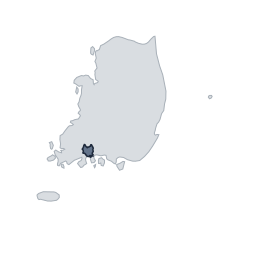 location of Suncheon-si, South Jeolla, South Korea, rotated 18°
{"feature_id": "91817680B16002130574290", "entity_name": "Suncheon-si", "entity_type": "district", "adm_level": 2, "iso_a3": "KOR", "parent_name": "South Korea", "parent_adm1": "South Jeolla", "projection": "mercator", "projection_center": [127.399, 35.008], "detail": "fine", "context": "in_parent", "style": "filled", "palette": "slate", "viewbox_px": 256, "rotation_deg": 18, "n_neighbors": 0, "source": "geoboundaries", "source_scale": "gbopen_adm2", "svg_char_len": 4428}
<svg xmlns="http://www.w3.org/2000/svg" viewBox="0 0 256 256"><g transform="rotate(18 128 128)"><path d="M75.6,63.0L76.5,62.3L76.5,61.3L76.5,58.1L79.0,55.8L82.6,51.2L84.3,48.7L86.3,46.4L88.6,44.8L90.9,44.0L94.4,43.7L101.2,44.0L102.6,43.7L107.3,43.5L108.4,43.9L111.9,44.2L115.7,43.9L117.6,43.2L119.4,42.0L120.9,39.9L122.5,36.0L124.2,33.0L125.3,32.4L132.2,48.7L138.9,59.2L144.6,66.7L152.7,81.2L155.0,88.9L155.3,93.7L156.6,100.3L155.5,104.0L155.8,109.9L155.3,112.9L154.3,115.1L154.3,119.4L154.6,121.7L154.6,124.7L155.3,125.9L156.2,126.3L157.6,125.2L159.4,124.8L159.1,128.4L157.0,137.6L155.1,144.2L152.5,150.0L149.2,155.3L145.3,157.3L142.5,158.1L137.3,158.3L132.9,157.4L129.1,158.1L127.6,159.2L126.5,161.1L127.3,164.0L127.2,166.1L125.6,166.0L122.4,164.7L118.9,164.5L117.3,163.9L115.6,160.8L113.9,161.0L110.9,162.8L106.4,163.2L104.8,164.2L104.3,165.4L104.9,167.1L107.2,169.2L106.4,171.3L104.1,172.4L102.2,169.8L101.0,167.2L99.6,167.0L97.6,167.8L97.1,170.5L98.1,172.4L99.7,174.6L97.5,177.2L96.9,179.0L95.3,180.2L91.0,177.4L91.6,175.3L93.5,173.4L93.7,171.3L93.1,170.1L86.9,175.3L83.1,181.1L81.1,180.7L80.2,179.2L79.0,178.6L74.9,182.3L74.2,185.3L72.7,185.4L72.0,184.1L71.9,181.5L71.2,179.2L67.0,175.9L65.0,173.0L66.1,171.3L69.6,172.2L72.5,172.1L71.9,170.7L71.0,170.1L72.9,169.3L74.4,167.7L73.1,167.3L71.1,168.2L69.5,167.8L68.8,163.9L66.8,160.0L65.8,156.2L67.8,154.0L68.8,150.6L70.6,145.7L71.5,144.1L74.1,142.9L75.0,141.6L73.6,141.0L71.4,140.4L71.4,139.0L73.0,138.2L74.7,136.6L78.0,134.7L79.0,131.1L78.0,130.2L76.0,129.3L76.4,127.5L77.3,126.1L77.0,125.2L74.5,122.8L72.9,120.7L73.4,118.2L73.0,114.5L73.2,111.4L73.1,109.7L71.9,105.8L71.4,102.0L69.8,102.5L68.6,103.5L64.1,102.1L62.6,102.0L62.1,99.2L63.7,95.7L67.5,92.5L69.7,92.2L71.4,90.8L74.0,90.4L77.1,92.5L79.9,92.9L81.4,96.5L82.4,97.3L82.6,96.0L84.8,94.4L85.4,93.2L84.9,92.6L82.3,91.9L80.0,87.4L79.6,85.4L78.8,84.1L80.0,80.5L77.4,76.3L76.0,75.0L76.2,71.3L74.8,68.9L74.0,67.6L73.6,65.3L74.0,64.3L75.2,63.9L75.6,63.0ZM66.8,222.8L65.5,223.6L64.3,223.1L64.0,222.8L62.6,220.8L62.2,219.8L63.2,217.9L67.1,214.8L77.3,211.7L79.2,211.6L83.2,212.9L84.1,215.3L83.3,217.4L82.4,218.8L77.7,221.2L74.1,222.3L66.8,222.8ZM135.7,168.6L133.0,170.8L129.4,167.9L128.5,166.3L131.3,164.0L133.6,161.3L135.2,161.1L135.7,168.6ZM116.4,168.4L116.1,171.8L114.1,171.9L112.9,169.7L111.6,170.8L110.9,170.8L109.9,168.1L109.8,166.0L112.1,164.4L113.6,165.3L115.6,165.8L116.4,168.4ZM64.2,183.5L62.3,184.0L61.3,182.8L60.6,182.5L61.0,180.9L64.0,177.8L64.5,176.8L67.3,177.4L68.3,179.0L67.1,181.5L64.2,183.5ZM72.3,64.6L72.2,69.4L70.6,69.2L69.6,68.7L69.1,67.7L68.0,63.3L69.2,61.5L71.6,62.9L72.3,64.6ZM62.4,171.0L62.0,171.8L60.8,171.5L59.5,169.2L59.0,167.3L57.7,166.2L59.7,164.6L62.3,167.5L62.4,171.0ZM69.4,109.1L69.0,111.4L67.1,109.9L66.6,104.9L68.5,106.3L69.4,109.1ZM197.8,73.9L196.5,75.0L194.9,73.9L194.8,72.8L195.6,71.8L197.4,71.2L198.3,72.1L197.8,73.9ZM79.0,184.4L79.5,186.0L77.2,185.7L75.9,184.1L76.1,182.8L77.5,182.6L79.0,184.4ZM108.8,175.0L108.5,176.1L107.1,174.4L108.5,172.7L108.8,175.0Z" fill="#d9dde1" stroke="#a8b0b8" stroke-width="1"/><path d="M92.0,157.1L91.6,157.2L91.6,157.4L91.5,157.8L91.4,158.2L91.4,158.6L91.4,158.9L91.6,159.4L91.6,159.7L91.4,160.0L91.4,160.6L91.4,161.1L91.3,161.4L91.1,161.8L91.0,162.2L91.6,162.4L91.7,162.6L91.8,162.8L92.3,163.1L92.5,163.4L92.6,163.8L92.8,164.1L92.8,164.5L92.8,165.0L92.8,165.6L93.2,165.8L93.7,165.7L94.0,165.6L94.4,165.4L94.9,165.6L95.1,165.8L95.6,165.9L95.8,166.3L96.0,166.5L96.3,166.6L96.8,166.7L96.9,167.0L97.1,167.2L97.3,167.3L97.6,167.4L97.8,167.4L98.0,167.4L98.8,167.5L99.0,167.4L99.2,167.2L99.6,167.2L100.0,167.2L100.1,166.9L100.1,166.5L100.2,166.0L100.6,165.8L101.0,166.0L101.0,166.5L101.1,167.1L101.5,167.3L101.8,167.0L101.9,166.6L101.9,166.3L101.5,165.9L101.7,165.6L102.2,165.7L102.6,165.7L102.9,165.6L103.1,165.6L103.3,165.5L102.7,164.8L102.9,164.7L102.9,164.4L103.0,164.3L102.9,164.0L102.5,163.9L102.2,163.7L101.9,163.4L101.7,162.9L101.8,162.6L101.9,162.3L101.9,161.9L102.1,161.6L102.2,161.3L102.1,160.9L101.7,160.2L101.5,159.8L101.2,159.3L101.2,157.9L100.9,157.5L100.5,157.3L100.2,157.0L100.1,156.6L99.8,156.4L99.5,156.2L99.2,156.0L98.9,155.7L98.7,155.4L98.4,155.2L97.8,155.5L97.9,156.1L97.9,156.6L97.9,157.0L97.1,157.4L97.0,157.8L96.7,158.2L96.3,158.3L95.8,158.4L95.8,158.7L95.6,159.2L95.1,159.3L94.6,158.9L94.1,158.7L93.7,158.6L93.4,158.2L92.8,157.9L92.6,157.6L92.3,157.2L91.9,157.1L92.0,157.1Z" fill="#64748b" stroke="#1e293b" stroke-width="1.5"/></g></svg>